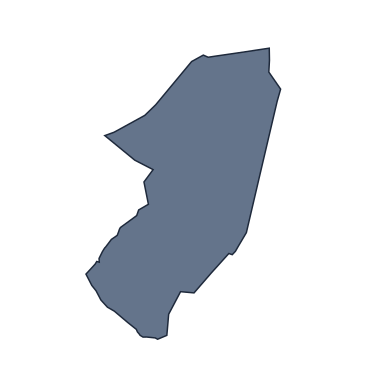 outline of Baw, Blue Nile, Sudan, rotated 155°
{"feature_id": "16777658B5498813311295", "entity_name": "Baw", "entity_type": "district", "adm_level": 2, "iso_a3": "SDN", "parent_name": "Sudan", "parent_adm1": "Blue Nile", "projection": "mercator", "projection_center": [33.983, 11.162], "detail": "fine", "context": "isolated", "style": "filled", "palette": "slate", "viewbox_px": 384, "rotation_deg": 155, "n_neighbors": 0, "source": "geoboundaries", "source_scale": "gbopen_adm2", "svg_char_len": 920}
<svg xmlns="http://www.w3.org/2000/svg" viewBox="0 0 384 384"><g transform="rotate(155 192 192)"><path d="M322.8,162.4L322.3,149.6L320.7,143.0L320.2,132.5L317.3,123.3L312.8,116.9L305.4,100.9L300.5,91.0L300.6,88.3L299.9,85.8L299.6,84.0L297.7,81.2L294.5,79.8L287.0,75.3L285.4,73.1L275.4,72.7L272.9,77.0L264.8,91.1L244.5,106.5L232.8,99.7L208.7,110.5L184.6,120.7L182.0,118.2L177.7,119.9L173.2,123.1L159.9,132.2L121.4,181.2L76.5,238.2L70.7,244.9L68.2,247.8L71.7,268.2L66.1,278.7L61.2,289.7L92.0,298.8L113.9,305.4L120.4,307.3L123.9,311.3L129.9,310.9L137.2,310.4L188.0,286.4L202.4,281.4L237.4,279.1L247.2,280.0L230.4,245.0L217.8,228.7L231.3,221.4L236.7,199.3L247.9,198.3L252.1,194.0L270.8,190.3L272.0,190.0L273.4,189.0L275.6,186.7L278.1,184.3L285.1,183.1L293.6,178.6L294.7,178.2L296.0,177.4L298.4,175.8L304.3,171.1L305.7,167.6L307.7,169.3L310.2,167.6L322.8,162.4Z" fill="#64748b" stroke="#1e293b" stroke-width="1.5"/></g></svg>